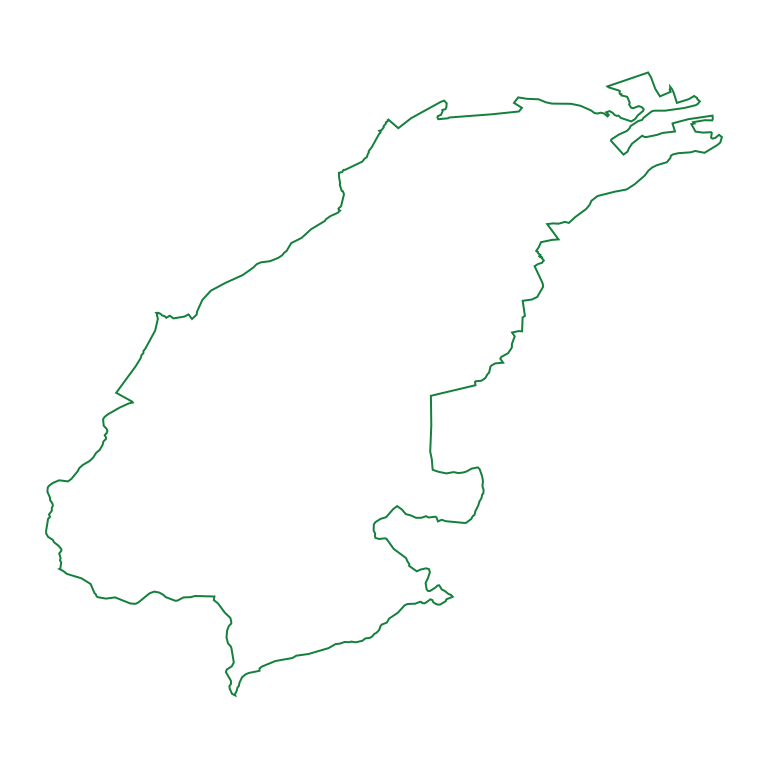 Valcau De Jos, Salaj, Romania (Natural Earth projection)
{"feature_id": "2599482B85911950324638", "entity_name": "Valcau De Jos", "entity_type": "district", "adm_level": 2, "iso_a3": "ROU", "parent_name": "Romania", "parent_adm1": "Salaj", "projection": "natural_earth1", "projection_center": [22.736, 47.091], "detail": "fine", "context": "isolated", "style": "outline", "palette": "green", "viewbox_px": 768, "rotation_deg": 0, "n_neighbors": 0, "source": "geoboundaries", "source_scale": "gbopen_adm2", "svg_char_len": 6056}
<svg xmlns="http://www.w3.org/2000/svg" viewBox="0 0 768 768"><path d="M235.3,695.5L235.0,694.2L236.8,690.5L237.4,687.7L238.8,686.1L239.5,682.6L242.1,677.2L245.5,674.4L248.7,673.0L259.5,670.8L259.6,668.4L262.0,666.5L275.4,661.0L292.4,658.0L296.3,655.7L308.4,654.0L328.6,648.1L335.5,644.1L340.0,643.6L344.5,642.0L349.4,642.2L351.1,641.6L355.8,642.3L362.3,640.8L365.4,638.4L370.0,637.8L372.4,636.3L374.2,634.0L376.5,632.8L379.3,629.8L380.4,626.3L381.7,624.6L386.8,622.6L389.2,618.5L397.8,612.8L404.6,605.3L407.6,604.0L415.2,603.7L420.0,601.8L421.4,602.0L422.3,603.1L424.9,603.3L430.5,599.3L432.3,600.1L433.2,602.1L435.4,603.7L438.0,604.7L440.3,604.5L445.7,601.2L446.4,599.3L452.7,596.8L451.0,594.9L448.5,594.0L444.7,590.9L441.8,589.5L439.2,585.3L437.5,585.5L435.5,587.5L429.8,591.1L427.8,590.8L426.6,589.3L425.6,582.9L427.9,578.2L429.9,572.2L429.0,569.2L426.1,568.3L420.4,569.6L416.8,571.3L409.1,565.9L409.3,564.2L407.0,560.6L406.2,558.2L393.7,548.9L386.5,538.8L384.7,538.3L379.2,539.0L375.5,537.9L374.9,536.1L375.2,533.5L373.8,531.0L373.6,529.4L373.9,524.2L375.6,522.0L380.7,518.8L386.1,517.2L393.1,509.2L397.1,506.1L402.0,509.6L405.8,514.1L411.0,515.5L416.0,517.8L421.2,517.8L426.2,516.2L428.4,517.5L435.4,516.7L436.4,517.3L438.0,521.4L441.7,519.8L445.9,521.2L464.8,523.0L466.1,522.8L471.1,519.1L472.8,516.1L474.5,514.9L475.3,511.4L478.3,505.4L479.4,501.6L481.5,498.1L482.2,494.5L483.3,493.4L483.6,490.0L482.4,485.9L483.0,481.5L482.1,476.2L479.6,469.1L477.8,467.4L477.0,467.5L471.4,468.7L466.5,471.5L463.7,472.4L458.4,473.1L453.6,472.1L446.5,473.4L438.5,471.8L432.9,469.9L432.6,469.2L431.8,459.3L430.2,451.6L431.3,425.4L430.9,395.8L475.5,385.2L475.0,381.9L475.6,381.3L481.5,380.7L485.4,378.0L487.5,374.2L489.1,372.7L490.5,366.5L491.5,365.5L495.2,363.4L503.1,362.7L500.3,358.7L501.3,356.9L508.1,353.2L511.9,347.5L511.9,344.0L514.7,336.4L512.1,332.5L518.6,331.1L522.1,331.3L522.6,317.5L524.9,315.9L522.7,300.8L531.9,299.5L537.2,297.0L543.1,286.8L542.8,284.0L542.0,281.9L534.6,266.2L538.1,264.0L541.8,262.9L543.8,260.5L541.6,257.8L542.0,257.4L541.3,256.7L540.3,257.2L539.2,256.3L540.3,254.9L538.8,253.9L537.6,252.3L537.8,251.9L536.2,250.9L538.7,247.4L541.0,242.2L551.9,239.9L558.5,239.4L547.2,224.1L552.9,223.4L558.7,223.7L564.9,221.9L568.9,222.9L575.2,217.1L586.3,208.9L589.6,204.8L591.5,200.7L597.6,196.0L614.7,191.7L626.5,189.5L634.6,184.3L644.7,175.6L648.6,170.4L652.2,167.5L656.8,165.2L666.9,162.2L670.3,158.0L670.9,155.8L672.7,154.5L678.2,153.2L690.7,152.3L695.2,151.0L704.5,152.8L717.4,145.0L720.3,142.5L721.9,137.1L719.0,134.8L715.2,138.0L712.5,138.6L711.4,138.1L711.1,137.2L711.8,132.9L711.2,132.2L702.8,132.6L695.5,131.6L691.4,124.1L694.4,123.5L693.2,122.2L694.7,121.9L704.8,120.2L712.2,120.4L712.8,118.8L712.5,115.6L688.3,119.2L673.1,123.2L672.5,123.5L675.0,131.5L662.7,132.9L657.0,134.9L646.1,137.1L644.3,136.9L642.2,135.7L631.9,143.8L628.9,148.4L627.5,151.7L623.5,154.6L610.9,140.7L611.4,139.4L619.0,134.5L627.0,130.9L629.9,127.8L630.5,126.1L638.3,121.0L642.0,120.0L643.5,117.8L651.8,111.3L654.1,110.7L664.9,110.7L684.2,108.0L695.7,105.2L697.7,104.0L699.9,101.4L697.3,99.1L697.1,98.0L694.1,96.0L688.7,99.2L676.9,102.9L673.7,92.8L672.0,89.1L670.2,86.8L670.3,88.4L669.6,89.6L670.6,91.8L660.0,96.4L655.3,88.9L651.0,77.3L648.1,72.5L607.4,86.4L608.5,87.3L618.3,90.3L619.8,91.1L619.5,93.1L619.9,93.9L621.4,94.2L621.3,95.4L627.2,96.8L629.7,102.6L629.1,104.4L631.1,107.7L633.3,108.2L638.7,106.1L641.7,107.1L643.7,109.2L643.1,110.9L638.0,115.2L635.0,119.1L631.3,121.4L620.8,117.9L618.6,115.6L616.8,115.9L614.7,115.0L612.6,112.8L609.6,111.1L606.2,112.3L608.7,114.9L607.6,116.4L603.8,113.4L600.7,112.7L597.6,113.5L594.5,113.1L591.0,110.4L580.6,105.8L571.0,103.8L552.0,103.6L545.9,102.3L538.7,99.3L526.8,98.8L518.2,97.4L514.0,102.9L521.9,107.8L518.9,111.5L491.7,114.3L449.2,117.5L448.0,118.3L438.3,119.2L437.4,117.3L437.8,116.2L441.0,114.8L442.6,111.4L442.3,110.0L445.4,109.2L446.3,107.4L446.7,103.3L444.1,100.6L440.7,101.9L411.1,118.2L398.3,128.2L388.4,119.6L387.8,120.0L387.6,121.3L385.9,122.3L385.8,123.7L383.5,126.3L383.7,127.5L381.4,130.2L379.3,130.8L380.6,132.0L380.5,132.7L379.1,133.9L371.8,147.1L368.7,151.2L368.8,152.5L367.9,153.8L366.8,157.2L364.6,158.6L362.3,161.6L345.0,169.9L343.6,169.9L342.1,172.1L338.9,172.8L339.1,177.6L340.1,183.0L339.8,184.8L341.7,190.9L342.9,191.3L344.0,194.2L341.1,206.2L338.5,208.5L338.8,210.0L340.0,210.6L337.8,212.8L330.4,216.1L325.9,219.3L324.8,221.0L311.1,229.2L301.6,237.9L291.2,243.1L286.7,250.8L283.8,253.1L282.3,255.2L278.2,257.9L270.0,261.2L261.1,262.3L256.8,264.1L253.5,267.4L242.8,275.0L225.6,282.8L210.8,290.7L202.3,300.0L197.1,311.5L196.6,314.7L192.0,319.0L188.5,314.4L184.4,316.6L173.4,318.4L169.8,315.7L166.3,317.8L164.7,316.2L162.2,315.5L160.6,313.9L158.3,312.8L156.3,312.9L157.3,314.2L156.9,315.1L157.9,318.7L155.2,330.5L145.2,348.9L143.4,351.1L143.4,353.1L141.5,355.1L140.7,358.1L135.8,366.1L116.2,392.8L132.1,401.6L132.8,402.5L128.6,403.5L119.6,407.6L107.8,414.4L104.6,416.9L103.1,419.2L103.7,425.7L106.6,428.8L107.4,430.8L106.8,432.9L104.7,435.2L105.9,437.3L106.0,438.9L103.4,441.5L102.6,444.9L99.7,449.9L96.1,452.9L93.1,457.7L89.3,461.2L83.0,464.8L79.2,468.2L77.8,471.1L71.4,478.9L68.0,481.4L59.1,480.3L52.8,483.0L49.2,485.6L47.8,487.4L47.4,491.8L50.1,497.9L50.0,499.8L52.6,503.9L52.9,505.4L51.8,508.1L51.8,510.8L49.0,514.5L50.0,517.0L48.1,518.8L46.1,530.9L46.2,533.6L48.1,536.9L52.6,539.7L54.1,542.3L58.7,545.9L61.4,549.3L61.3,550.8L59.2,553.5L60.6,558.1L60.0,560.4L61.2,562.3L60.3,568.6L59.4,569.0L63.1,570.9L66.9,573.9L81.6,578.4L90.6,584.0L94.5,593.1L95.8,594.3L96.7,596.5L98.3,597.3L106.0,598.6L115.1,597.4L130.4,603.5L135.7,603.8L138.4,602.4L149.6,593.3L154.2,591.6L159.4,592.6L163.2,594.8L165.7,597.1L175.4,600.8L177.4,600.6L183.5,597.4L190.4,597.2L195.1,596.0L214.4,596.5L213.8,600.1L218.0,603.4L224.6,612.4L230.4,618.0L231.3,622.1L231.2,623.6L228.8,626.1L227.1,630.5L226.5,637.6L228.0,643.4L230.7,646.3L231.4,648.0L233.8,662.4L231.8,666.3L226.7,669.6L225.9,672.1L230.9,680.7L231.0,683.8L229.4,686.2L229.7,688.7L232.0,693.8L235.3,695.5Z" fill="none" stroke="#15803d" stroke-width="2"/></svg>